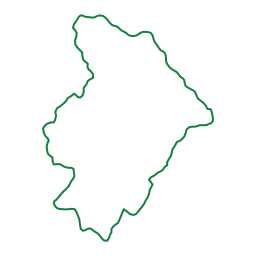 the district of Monte Formoso, Minas Gerais, Brazil
{"feature_id": "56859067B56618485834346", "entity_name": "Monte Formoso", "entity_type": "district", "adm_level": 2, "iso_a3": "BRA", "parent_name": "Brazil", "parent_adm1": "Minas Gerais", "projection": "robinson", "projection_center": [-41.271, -16.882], "detail": "fine", "context": "isolated", "style": "outline", "palette": "green", "viewbox_px": 256, "rotation_deg": 0, "n_neighbors": 0, "source": "geoboundaries", "source_scale": "gbopen_adm2", "svg_char_len": 2661}
<svg xmlns="http://www.w3.org/2000/svg" viewBox="0 0 256 256"><path d="M99.3,15.4L96.2,16.5L93.6,17.6L88.8,17.2L85.1,16.7L82.9,15.6L80.5,15.4L78.9,16.8L77.6,18.9L75.8,21.7L73.9,24.5L73.0,27.8L74.9,30.0L76.7,32.8L76.3,36.8L75.1,40.2L75.2,44.1L77.3,47.5L79.8,50.0L82.1,52.4L82.5,56.6L83.2,59.6L85.3,61.7L87.7,63.6L87.5,67.1L88.7,69.5L90.6,71.0L92.8,73.8L93.2,77.7L91.1,78.8L88.0,80.7L86.3,84.6L83.7,87.8L83.7,91.9L82.6,95.3L80.6,97.3L78.3,97.4L76.4,95.5L74.0,93.7L71.8,95.6L69.5,97.1L67.7,98.1L66.2,100.8L63.5,103.6L60.0,106.4L56.9,108.4L55.3,112.0L56.1,115.5L55.5,118.2L54.9,120.5L53.6,122.4L50.7,122.5L47.5,123.6L45.2,125.3L43.1,128.3L43.6,132.0L45.2,135.9L47.9,138.6L48.7,140.8L47.5,143.0L46.7,146.6L47.1,150.5L47.9,153.6L49.9,155.7L52.4,157.2L52.6,161.2L53.8,164.4L56.7,164.1L59.5,164.1L61.9,165.2L64.5,166.9L68.3,167.8L71.5,167.8L73.5,169.0L73.9,172.4L74.4,176.0L73.0,179.0L71.4,180.9L69.8,184.1L67.9,187.2L65.4,189.6L62.7,192.2L60.6,194.6L58.3,197.6L56.1,199.9L54.3,201.2L53.9,203.8L55.0,206.0L56.7,207.9L59.2,208.9L62.5,209.2L65.6,209.4L68.6,209.2L71.7,208.8L74.4,209.1L76.2,211.4L77.8,215.4L79.2,218.9L79.7,222.2L80.2,225.8L80.8,229.0L83.1,230.8L85.5,230.0L88.2,228.6L90.7,228.6L92.9,230.3L94.9,231.7L97.3,233.1L99.8,235.6L101.9,238.5L104.3,240.6L107.4,240.6L109.0,237.9L110.0,234.8L111.4,232.4L111.5,229.0L113.0,226.8L115.3,224.7L117.8,223.2L119.0,220.7L120.5,217.3L122.2,212.9L123.9,209.3L127.1,211.6L129.8,214.0L133.0,214.9L135.7,214.3L138.0,211.8L140.0,209.1L141.7,207.2L143.7,204.5L145.6,200.6L147.3,198.0L148.6,195.1L149.3,192.1L149.8,189.7L151.3,187.1L152.5,184.5L150.9,182.1L149.0,179.7L151.0,177.2L154.4,175.5L156.3,173.9L158.3,172.3L160.5,171.5L162.8,169.9L164.8,166.9L167.2,165.2L167.1,162.3L168.8,159.2L171.1,155.4L171.8,152.3L172.5,149.4L174.1,147.0L175.5,144.7L176.8,142.0L179.2,141.1L181.2,139.8L184.1,136.8L185.7,133.0L186.4,129.7L188.6,127.7L190.7,126.8L193.9,126.7L196.8,126.3L199.6,125.2L203.2,125.2L206.5,125.1L208.9,123.9L211.2,123.2L212.9,120.8L212.8,117.3L212.0,113.3L210.9,109.4L207.2,108.7L205.9,105.6L203.4,102.9L200.4,100.5L197.9,98.6L196.6,95.5L195.0,91.9L192.9,90.2L190.1,88.8L187.8,87.5L185.7,86.1L184.8,83.4L184.3,80.3L182.5,78.1L180.5,76.9L178.9,74.7L176.8,72.2L174.0,70.5L171.8,69.2L169.4,67.1L167.4,64.4L166.1,61.5L166.0,59.0L165.8,55.8L164.8,53.0L163.0,51.4L160.6,50.2L158.6,47.7L156.8,44.8L154.9,42.4L153.7,39.5L152.7,35.7L150.9,33.0L148.8,32.2L146.0,31.9L142.8,31.9L140.1,33.1L137.1,35.2L133.3,36.2L130.6,35.8L128.4,35.0L126.7,33.4L124.8,32.1L121.8,30.7L119.2,28.5L117.5,26.8L115.5,26.1L113.4,25.6L111.4,24.5L109.5,22.5L108.0,20.5L105.6,17.8L102.9,15.9L99.3,15.4Z" fill="none" stroke="#15803d" stroke-width="2"/></svg>